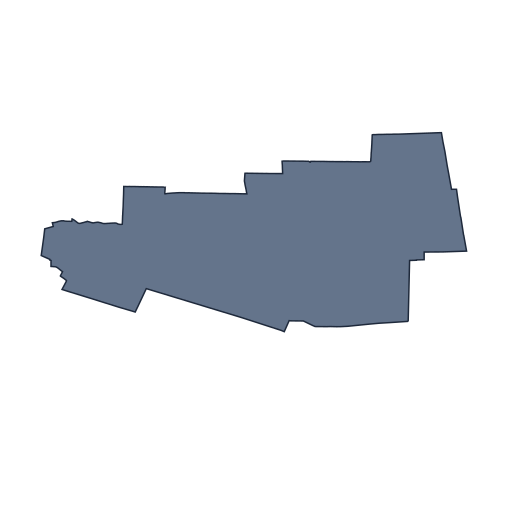 the district of Brastavatu, Olt, Romania, rotated 348°
{"feature_id": "2599482B94016729374346", "entity_name": "Brastavatu", "entity_type": "district", "adm_level": 2, "iso_a3": "ROU", "parent_name": "Romania", "parent_adm1": "Olt", "projection": "robinson", "projection_center": [24.396, 43.91], "detail": "fine", "context": "isolated", "style": "filled", "palette": "slate", "viewbox_px": 512, "rotation_deg": 348, "n_neighbors": 0, "source": "geoboundaries", "source_scale": "gbopen_adm2", "svg_char_len": 4911}
<svg xmlns="http://www.w3.org/2000/svg" viewBox="0 0 512 512"><g transform="rotate(348 256 256)"><path d="M463.0,295.0L463.4,282.0L463.5,279.0L463.4,278.6L464.4,261.0L464.3,260.7L464.3,258.9L465.4,240.4L466.0,232.4L463.6,231.9L461.1,231.4L461.6,215.6L461.8,207.3L462.2,199.2L462.4,195.0L462.5,193.2L462.6,183.0L462.7,181.0L462.9,176.2L463.0,173.9L462.0,173.7L451.7,171.9L430.2,168.1L428.4,167.8L420.5,166.4L420.1,166.3L419.0,166.1L415.7,165.4L414.4,165.2L413.9,165.1L411.3,164.6L409.6,164.2L409.0,164.1L405.7,163.5L402.6,162.9L401.9,162.7L400.7,162.5L399.5,162.3L399.4,162.3L398.7,162.2L397.5,162.0L397.4,162.0L396.7,161.8L396.2,161.7L395.4,161.6L395.0,161.6L394.9,161.7L394.8,161.8L394.5,163.2L394.4,163.5L393.9,165.5L393.7,166.2L393.7,166.3L393.2,168.1L392.9,169.4L392.8,169.7L392.6,170.6L392.1,172.2L391.7,173.8L391.4,174.8L391.2,175.5L390.9,176.5L390.7,177.3L390.5,178.0L390.2,178.8L390.1,179.3L389.8,180.2L389.7,180.7L389.6,181.2L389.5,181.5L389.4,182.1L389.1,183.0L389.0,183.4L388.8,184.2L388.5,184.9L388.4,185.5L388.2,186.1L388.1,186.7L387.8,187.2L387.4,187.4L386.8,187.5L385.0,187.1L382.2,186.5L379.4,185.9L377.2,185.5L376.1,185.2L374.8,184.9L374.5,184.8L373.0,184.5L370.2,183.9L367.6,183.3L364.7,182.6L362.4,182.2L359.9,181.6L359.4,181.5L359.0,181.4L357.1,181.0L354.2,180.4L351.2,179.7L348.8,179.2L344.1,178.1L340.8,177.3L338.7,176.9L337.9,176.7L334.2,175.9L332.0,175.4L329.6,174.9L329.3,174.8L328.9,175.2L328.7,175.5L328.2,175.4L327.9,175.0L327.8,174.8L327.4,174.5L326.9,174.2L324.9,173.8L322.5,173.2L318.8,172.4L317.9,172.2L317.1,172.0L313.9,171.3L308.1,170.0L304.4,169.2L302.7,168.8L301.2,168.7L300.9,170.7L300.6,172.9L300.2,175.0L299.9,176.7L299.7,178.0L299.5,179.2L299.2,180.9L294.0,179.8L288.1,178.5L286.2,178.1L285.7,178.0L282.9,177.3L282.7,177.3L281.3,177.0L272.5,175.0L265.4,173.4L263.8,173.0L262.4,172.8L260.3,180.0L260.2,181.0L260.2,182.5L260.1,183.9L260.1,185.8L260.1,187.8L260.1,189.6L260.0,190.7L260.0,192.1L260.0,193.3L255.9,192.4L249.6,190.9L248.3,190.6L245.7,190.0L244.6,189.8L243.5,189.6L242.4,189.3L239.9,188.7L237.2,188.1L232.7,187.1L228.4,186.0L222.1,184.6L215.8,183.2L213.0,182.5L207.5,181.2L204.5,180.5L203.6,180.2L202.2,180.0L200.6,179.6L200.1,179.5L199.8,179.5L199.5,179.4L199.3,179.2L198.7,179.1L197.9,178.9L196.9,178.7L195.5,178.4L194.1,178.1L192.1,177.8L191.2,177.6L190.0,177.5L187.8,177.1L186.2,176.9L184.6,176.7L182.4,176.4L180.0,176.3L179.8,176.2L180.0,174.9L180.3,174.0L180.7,172.6L181.0,171.7L181.2,170.8L181.2,170.4L181.4,170.0L181.1,170.0L180.6,169.7L180.1,169.4L179.6,169.3L178.5,169.0L177.1,168.7L174.8,168.2L173.5,167.9L172.1,167.6L171.5,167.4L170.9,167.4L170.6,167.3L170.1,167.1L169.6,167.0L168.4,166.7L167.1,166.5L166.4,166.2L165.4,166.0L164.2,165.7L163.2,165.5L161.7,165.2L161.2,165.0L159.2,164.6L157.0,164.1L156.4,164.0L155.4,163.7L154.2,163.4L152.8,163.1L151.6,162.8L149.8,162.4L148.6,162.2L147.8,162.0L146.7,161.7L144.9,161.4L142.5,160.8L141.4,160.6L141.1,160.5L139.2,168.5L137.9,173.6L136.3,180.1L134.7,186.0L134.1,188.4L134.0,188.5L133.5,190.5L132.5,194.5L131.8,197.1L130.9,197.1L129.9,196.9L128.7,196.5L128.1,196.2L127.6,196.0L127.2,195.6L126.7,195.2L126.1,194.8L125.5,194.6L124.9,194.4L120.8,193.7L119.7,193.6L118.1,193.3L116.5,193.1L115.8,193.0L115.2,192.9L114.2,192.7L113.9,192.6L113.4,192.5L112.8,192.2L112.2,191.9L111.6,191.5L111.1,191.2L110.6,191.0L109.9,190.7L109.2,190.4L108.8,190.2L108.5,190.1L108.0,190.0L107.2,189.9L106.3,189.9L105.8,189.8L105.0,189.8L104.5,189.8L104.0,189.8L103.3,189.7L103.0,189.5L102.0,189.1L100.9,188.5L99.7,187.8L99.0,187.5L98.3,187.0L97.9,187.0L97.5,187.3L97.0,187.3L96.5,187.2L96.0,187.2L95.7,187.3L95.2,187.3L94.3,187.4L93.5,187.4L92.8,187.4L91.8,187.5L90.7,187.5L90.0,187.4L89.5,187.2L89.1,187.0L88.7,186.7L88.3,186.2L87.7,185.6L87.0,184.7L86.4,184.0L85.3,182.8L84.6,182.2L84.0,181.6L83.8,181.5L83.0,183.8L82.1,183.6L81.3,183.4L80.6,183.2L79.6,183.0L78.3,182.7L76.8,182.3L75.8,181.9L75.0,181.5L74.2,181.4L73.3,181.2L72.7,181.1L72.1,181.1L71.3,181.1L70.5,181.1L69.7,181.1L68.8,181.3L68.2,181.3L67.9,181.3L66.8,181.4L65.4,181.3L65.1,181.3L64.5,181.2L64.0,181.1L63.9,181.1L63.7,181.1L63.8,183.7L63.8,185.0L63.1,185.0L55.0,185.5L52.4,193.2L46.0,210.9L53.6,216.4L53.4,216.9L53.4,217.0L54.6,217.8L54.3,219.0L53.3,223.6L53.6,223.7L54.0,223.8L54.8,224.0L55.3,224.2L57.5,224.8L58.5,225.4L59.2,226.0L60.1,227.0L62.4,229.9L63.5,231.1L60.5,234.8L60.5,235.0L63.5,238.1L65.5,240.6L65.2,241.3L59.3,248.4L65.1,251.7L83.6,262.0L97.1,269.6L111.3,277.6L123.7,284.3L126.2,285.7L126.8,284.9L129.1,281.9L129.9,280.9L141.9,265.1L168.0,279.5L229.4,313.4L265.0,333.9L267.9,335.9L275.0,326.1L276.3,326.6L288.8,329.4L296.8,335.6L299.0,337.2L300.4,337.6L302.4,338.0L310.4,339.8L313.8,340.4L320.1,341.9L322.1,342.3L324.1,342.7L330.9,343.8L352.8,346.2L362.8,347.4L373.3,349.0L390.7,351.5L391.4,351.0L405.3,292.3L412.0,293.5L412.1,293.2L419.7,294.6L421.3,287.1L439.3,290.8L463.0,295.0Z" fill="#64748b" stroke="#1e293b" stroke-width="1.5"/></g></svg>